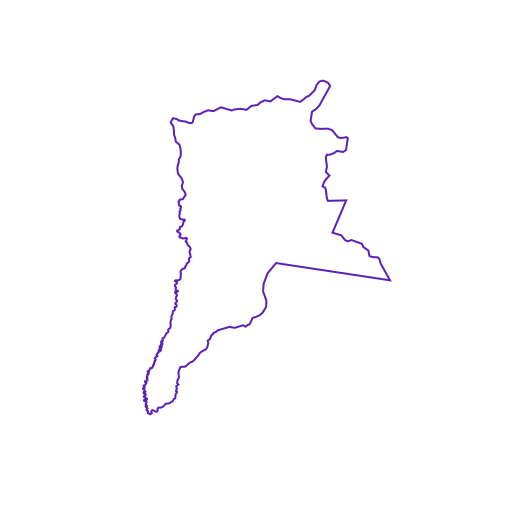 outline of Ndélé, Bamingui-Bangoran, Central African Republic, rotated 294°
{"feature_id": "33826404B83224337375675", "entity_name": "Ndélé", "entity_type": "district", "adm_level": 2, "iso_a3": "CAF", "parent_name": "Central African Republic", "parent_adm1": "Bamingui-Bangoran", "projection": "albers", "projection_center": [20.022, 8.555], "detail": "fine", "context": "isolated", "style": "outline", "palette": "violet", "viewbox_px": 512, "rotation_deg": 294, "n_neighbors": 0, "source": "geoboundaries", "source_scale": "gbopen_adm2", "svg_char_len": 6058}
<svg xmlns="http://www.w3.org/2000/svg" viewBox="0 0 512 512"><g transform="rotate(294 256 256)"><path d="M276.5,163.5L275.3,163.5L274.2,163.0L273.0,164.1L271.4,164.7L270.8,165.5L271.1,166.7L270.8,167.2L269.9,167.7L269.2,167.8L268.8,167.5L268.2,167.7L267.5,168.4L267.0,168.5L266.0,168.0L265.4,168.1L264.2,169.1L261.2,169.6L259.5,171.0L259.0,171.9L259.5,173.5L259.4,174.1L259.5,174.7L260.1,175.6L260.1,176.2L259.6,176.4L258.9,176.4L258.4,176.0L257.8,175.9L255.4,176.4L253.3,176.3L252.4,175.7L251.8,174.8L251.2,174.8L249.6,175.4L248.9,175.3L247.4,173.8L246.7,173.7L246.1,174.6L246.2,176.6L245.5,177.4L245.4,178.0L245.0,178.4L244.3,178.4L243.1,178.0L242.5,178.1L242.1,178.5L241.9,179.1L242.3,180.1L242.2,182.1L242.4,182.6L243.8,184.1L244.1,185.3L243.9,185.8L241.0,185.8L240.5,186.0L240.3,187.3L239.6,188.1L238.3,188.9L237.6,191.3L236.3,193.1L235.3,193.6L234.1,193.3L232.9,193.5L228.7,196.7L228.1,196.7L227.3,196.0L226.6,195.9L226.0,196.0L224.2,197.1L222.9,196.9L220.9,195.8L220.2,195.8L219.1,196.1L218.0,195.6L216.2,196.0L215.7,195.7L213.8,193.8L211.3,193.3L210.3,193.7L209.1,194.8L207.3,195.1L205.4,196.1L204.3,196.3L202.8,195.6L201.8,194.3L201.3,192.7L201.0,192.3L200.4,192.1L200.0,192.4L200.1,194.2L199.8,194.6L199.2,194.8L198.5,194.8L197.1,193.9L195.9,193.9L195.5,194.2L194.7,195.8L192.9,196.0L192.2,196.9L192.4,198.8L191.9,199.0L191.4,198.7L191.0,198.4L190.7,197.2L190.4,196.8L189.7,196.9L189.1,197.7L188.5,199.4L188.1,199.7L187.5,199.9L185.4,199.7L184.3,200.1L183.9,200.4L183.2,202.0L182.7,202.2L181.9,202.1L180.2,201.5L179.7,201.6L179.3,202.0L179.0,203.2L178.6,203.6L178.1,203.8L177.4,203.9L176.9,203.6L176.4,202.7L175.8,202.7L175.0,203.3L173.9,203.7L173.2,203.6L172.0,202.6L171.3,202.6L169.2,203.4L166.6,203.2L165.2,203.9L164.4,204.6L162.6,204.3L161.6,204.7L159.8,205.1L158.1,206.3L155.7,206.9L155.1,206.8L153.9,206.0L153.1,205.8L152.5,205.9L151.2,206.8L150.6,206.6L149.3,205.7L143.8,205.2L142.7,204.1L142.2,204.3L142.0,204.7L141.2,204.9L140.9,205.9L140.8,205.3L140.5,205.3L140.1,204.4L139.0,204.0L138.6,204.6L138.8,205.5L137.9,206.2L137.3,206.3L137.0,206.0L136.8,205.1L136.5,205.1L136.0,205.4L136.3,206.2L135.7,206.4L135.1,206.0L134.9,206.6L134.1,207.0L133.9,206.8L134.2,206.5L134.0,206.0L134.4,204.9L133.9,204.8L132.0,205.7L131.7,206.2L131.9,206.5L132.4,206.5L132.3,206.8L132.0,207.2L130.9,207.5L130.3,207.2L131.0,206.1L130.2,205.4L129.7,205.5L129.5,206.3L129.1,206.1L128.1,206.2L127.5,205.6L126.4,205.7L125.5,205.3L124.9,205.8L124.8,206.5L124.6,206.7L123.2,205.9L123.0,205.6L122.3,205.6L121.6,205.1L121.2,205.3L121.1,205.8L120.4,206.5L119.6,206.5L119.1,206.1L118.7,206.0L118.4,206.5L116.6,206.4L115.7,207.0L114.1,206.3L113.7,206.5L113.7,206.8L113.1,206.9L112.1,206.5L111.1,206.5L110.8,206.2L110.8,205.1L108.5,205.0L107.7,204.7L107.4,205.1L106.8,205.3L106.5,204.9L106.9,204.3L106.5,204.0L105.8,205.0L105.2,204.8L104.3,204.9L104.8,205.5L104.7,205.8L103.3,205.4L102.8,205.6L102.0,205.3L101.3,205.4L100.9,205.7L101.0,206.1L100.5,206.4L100.0,206.0L99.5,206.3L98.8,207.2L98.4,206.7L97.4,206.5L96.8,206.9L96.5,205.7L96.3,205.6L95.6,206.1L95.8,206.6L95.4,207.0L95.4,207.4L94.9,207.5L92.3,207.0L92.4,206.5L92.2,206.2L91.7,206.1L90.8,206.6L90.9,207.5L90.6,207.9L90.3,207.9L89.6,207.1L88.7,206.8L88.5,207.0L88.7,208.0L87.2,210.0L86.8,209.8L86.6,209.1L86.1,208.8L85.3,208.9L84.9,209.3L84.9,209.9L85.8,210.1L85.9,210.3L85.7,210.7L85.2,210.9L84.7,211.5L84.2,211.7L84.0,211.2L83.5,211.1L83.3,211.5L82.9,211.6L82.5,210.8L82.0,211.0L81.8,210.9L81.4,211.4L81.5,213.1L81.2,213.6L81.3,214.3L80.8,214.6L79.7,213.7L79.7,213.3L79.0,212.4L78.5,212.4L78.1,212.9L78.7,215.0L78.1,215.4L77.4,215.6L76.7,215.2L75.8,215.8L75.0,215.8L75.0,217.0L74.8,217.2L74.3,216.5L73.7,216.4L73.4,216.7L73.4,217.8L72.7,218.2L72.7,218.9L72.5,219.0L71.4,218.4L70.5,218.9L70.5,220.0L70.2,220.1L69.8,220.7L68.6,221.0L68.4,221.3L68.7,222.8L68.3,223.4L68.6,223.9L70.0,224.8L70.3,224.2L71.2,223.7L72.1,223.6L72.8,223.8L73.2,224.3L73.0,227.6L73.5,228.6L73.8,228.9L75.1,228.9L76.3,228.2L77.7,228.5L78.3,229.3L78.6,230.3L79.0,231.0L80.4,232.2L84.4,233.7L84.9,234.4L84.9,234.8L85.4,235.7L86.6,237.1L87.4,237.6L88.2,237.9L89.7,239.0L91.5,239.0L92.1,239.3L93.1,240.1L97.0,238.8L99.6,239.2L100.1,237.8L102.8,237.6L104.5,236.1L107.1,237.4L107.9,235.6L110.6,234.8L113.5,235.1L118.7,232.2L124.0,232.2L126.2,236.4L131.6,238.9L134.3,241.3L142.0,243.8L144.3,244.0L146.9,245.4L150.1,248.0L152.5,248.6L157.0,247.9L157.6,247.2L159.1,246.3L159.9,247.0L161.4,247.7L165.4,247.5L167.0,248.5L168.1,248.3L170.8,250.6L172.6,251.3L180.5,260.7L181.7,265.7L187.5,272.4L187.2,275.2L189.3,276.3L190.7,277.8L194.3,278.1L198.0,278.0L200.3,280.7L203.4,283.4L206.6,285.0L213.4,286.0L219.4,283.7L226.5,276.9L233.6,274.3L244.9,273.6L257.7,277.2L288.3,388.3L299.7,373.1L303.5,369.9L304.3,367.8L302.4,362.9L302.1,359.7L306.7,356.4L307.8,350.6L310.2,347.7L309.4,336.7L306.6,333.7L306.8,330.9L309.6,325.5L308.4,316.4L343.5,315.8L335.6,299.2L337.7,297.2L345.0,292.8L346.5,291.4L346.7,288.4L351.3,288.1L354.8,288.8L359.3,290.4L361.1,285.7L366.7,284.4L371.6,281.3L374.7,279.6L377.4,279.6L378.5,282.2L381.0,284.8L385.0,287.4L386.4,293.2L389.3,295.1L401.0,292.0L401.4,290.3L399.7,288.0L398.2,285.3L397.8,282.5L401.9,274.4L401.6,269.9L398.7,263.9L396.7,258.5L399.2,253.7L401.6,250.9L410.6,248.5L415.1,251.3L419.5,252.7L441.4,254.6L443.4,251.7L443.7,247.0L442.8,244.7L441.0,242.9L437.0,241.8L431.3,242.2L424.1,239.5L421.7,237.3L417.8,235.4L414.8,233.7L413.1,223.5L410.7,218.0L410.3,214.4L410.7,210.5L403.1,206.3L401.8,200.8L398.2,197.6L394.6,196.0L391.3,190.8L385.7,187.9L384.1,181.8L380.9,176.4L379.1,174.7L377.6,163.5L371.1,158.3L369.5,152.8L366.1,149.5L362.9,147.1L360.8,143.3L358.1,142.7L354.9,143.4L352.0,143.7L351.0,142.7L350.3,140.6L350.2,137.1L348.8,132.4L348.5,130.0L348.9,127.9L348.1,124.1L343.2,123.7L341.8,126.3L340.3,128.2L332.9,132.2L331.4,134.0L327.9,136.1L326.6,140.7L323.3,143.4L320.0,145.2L316.5,146.6L312.5,146.2L310.6,147.3L306.8,147.7L303.8,148.6L299.5,151.2L296.4,156.9L293.5,159.4L290.0,159.6L287.4,161.3L286.0,164.1L284.6,165.8L283.1,166.9L278.2,166.0L276.5,163.5Z" fill="none" stroke="#5b21b6" stroke-width="2"/></g></svg>